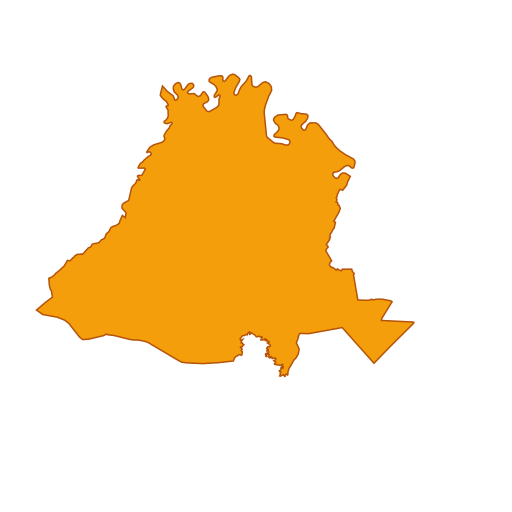 Kamalasai, Kalasin, Thailand (Natural Earth projection), rotated 209°
{"feature_id": "78962969B55465518750669", "entity_name": "Kamalasai", "entity_type": "district", "adm_level": 2, "iso_a3": "THA", "parent_name": "Thailand", "parent_adm1": "Kalasin", "projection": "natural_earth1", "projection_center": [103.585, 16.288], "detail": "fine", "context": "isolated", "style": "filled", "palette": "amber", "viewbox_px": 512, "rotation_deg": 209, "n_neighbors": 0, "source": "geoboundaries", "source_scale": "gbopen_adm2", "svg_char_len": 6165}
<svg xmlns="http://www.w3.org/2000/svg" viewBox="0 0 512 512"><g transform="rotate(209 256 256)"><path d="M420.2,359.3L418.1,351.4L417.5,350.0L413.9,348.5L409.1,347.6L406.0,345.6L405.9,344.7L407.1,343.8L407.1,343.0L403.7,341.0L400.6,335.8L400.3,333.5L400.7,331.1L401.5,329.5L401.2,328.3L400.0,327.9L397.8,328.7L395.0,331.9L394.1,331.8L393.5,331.0L394.3,328.3L394.0,325.5L394.8,322.3L394.9,317.3L394.7,316.4L392.4,314.2L392.4,311.9L393.5,309.7L399.3,303.7L401.6,299.5L402.0,293.9L401.3,293.7L400.3,295.1L399.1,295.6L397.5,295.0L396.8,293.8L398.7,290.2L400.4,285.5L400.7,283.4L402.0,281.0L402.1,277.2L402.0,276.1L401.5,275.8L396.4,278.7L395.4,278.7L394.9,278.1L394.9,271.8L395.9,270.5L397.9,269.6L398.4,268.5L398.0,267.8L395.0,266.6L394.5,265.9L394.6,265.5L396.5,265.3L397.0,264.9L396.5,261.5L397.9,256.6L397.6,254.3L394.3,242.9L397.5,237.8L397.8,236.0L397.0,233.8L396.1,232.7L390.7,230.9L388.9,226.2L392.6,226.7L392.0,220.4L391.4,218.2L393.6,214.3L395.0,213.2L396.7,210.5L396.5,206.0L397.7,202.8L397.0,198.0L399.0,195.3L399.8,191.9L400.5,190.8L403.8,188.2L405.0,186.7L404.9,183.8L406.6,181.8L408.5,173.3L409.8,173.2L410.7,172.2L412.8,171.1L414.5,168.5L414.5,167.0L415.2,165.9L416.2,161.8L418.8,160.7L418.9,154.5L421.0,147.9L422.8,143.7L423.3,141.1L424.4,138.6L426.4,136.1L422.7,130.4L419.7,127.2L417.9,126.2L414.1,121.4L417.9,112.7L421.8,102.3L414.3,101.4L399.9,106.2L392.2,107.1L387.0,106.3L371.2,99.6L367.1,98.8L361.7,102.4L351.0,112.2L348.6,115.4L347.5,115.2L342.0,117.5L325.5,122.0L322.1,123.3L318.3,125.4L312.2,127.4L308.6,128.0L272.8,127.0L269.2,127.2L264.9,128.9L250.5,136.0L236.4,145.0L224.9,153.2L225.3,156.2L225.0,157.9L222.6,161.8L220.7,162.0L220.4,162.9L221.5,165.6L223.1,166.1L222.9,167.8L225.5,168.7L225.4,169.1L224.3,169.2L223.7,172.6L224.7,172.5L225.8,173.3L226.8,172.8L227.5,174.3L227.2,176.5L228.4,174.9L229.5,175.4L229.9,176.2L229.5,177.1L229.2,179.7L227.3,181.1L226.9,182.3L225.3,182.9L225.8,184.4L224.9,186.6L224.3,186.3L224.0,184.9L223.5,184.4L223.1,184.8L223.3,186.0L223.0,186.5L218.9,186.4L216.5,185.5L215.2,186.4L215.0,187.1L214.2,187.4L213.1,187.1L211.8,188.3L211.1,187.6L211.3,185.4L210.9,184.9L208.3,186.6L208.2,187.6L207.7,188.2L206.4,187.9L207.2,187.1L206.8,186.6L203.2,187.5L203.1,187.0L203.9,186.0L203.9,185.4L202.5,185.8L201.8,185.1L200.4,185.0L199.8,184.5L200.2,183.1L201.6,182.6L202.0,180.5L201.6,180.1L199.9,180.3L199.8,179.8L200.6,178.7L200.4,178.2L199.3,179.0L198.4,178.1L198.4,177.5L200.1,175.3L199.9,174.3L198.7,173.1L198.1,173.0L197.7,173.5L199.0,174.5L199.0,175.3L197.1,176.3L196.5,176.2L196.5,175.2L195.9,173.8L194.8,173.4L194.3,173.7L194.4,174.8L194.0,175.4L193.3,175.3L193.0,174.5L191.9,174.3L190.5,175.6L189.0,176.1L188.6,174.9L189.7,173.1L187.3,172.8L187.1,172.1L187.6,170.7L186.9,170.3L181.2,172.4L180.8,173.9L180.2,174.1L179.7,173.9L179.2,172.4L178.2,172.0L177.9,171.4L178.5,170.6L180.0,171.2L180.0,170.4L179.2,168.6L179.9,166.8L179.5,166.4L178.1,166.6L177.9,165.0L177.1,163.7L177.2,162.6L176.4,162.7L174.5,165.5L172.4,164.6L172.2,165.0L172.7,166.4L172.5,167.1L171.8,167.5L170.8,167.1L170.6,167.6L171.6,169.4L172.7,173.7L172.4,177.0L172.5,182.9L171.5,186.7L171.6,191.0L173.0,195.4L178.6,199.6L179.5,205.7L180.1,206.0L180.2,209.5L172.3,213.6L145.9,235.2L100.8,219.4L94.0,244.5L85.6,273.3L85.7,274.4L86.6,274.4L115.1,260.4L115.7,262.5L114.8,282.0L116.6,282.1L124.7,279.4L129.0,277.1L132.6,274.2L134.1,274.2L134.4,273.3L137.2,271.2L145.6,266.9L161.6,286.8L161.5,288.2L164.3,289.3L165.9,290.9L174.2,286.3L174.0,284.7L175.7,284.0L178.6,284.2L178.9,282.5L182.0,283.1L185.6,282.8L187.6,283.9L188.1,286.3L187.4,288.4L197.6,294.5L197.8,296.3L197.2,298.9L200.1,300.2L199.5,306.1L200.1,306.4L200.0,308.5L201.1,309.0L201.7,312.0L201.3,312.8L201.6,315.5L201.2,318.4L202.8,324.0L204.8,324.1L204.7,334.5L205.4,338.6L208.1,340.7L209.3,340.5L210.5,342.4L212.3,342.2L212.2,343.5L212.6,344.6L214.0,345.7L213.9,347.2L214.6,348.6L215.0,354.4L214.1,355.3L212.1,355.5L211.0,361.9L211.8,365.3L212.1,371.4L217.8,371.8L220.4,370.7L221.7,368.6L222.1,364.1L223.4,362.8L225.1,362.8L227.0,363.4L228.2,364.3L228.8,365.6L228.5,367.0L225.8,369.1L224.3,371.1L221.8,377.3L220.7,378.8L218.8,380.1L214.8,379.4L213.6,380.0L213.4,381.2L214.6,385.7L215.9,387.3L218.0,388.1L226.8,388.0L233.9,388.7L238.8,389.9L241.7,391.0L244.8,392.9L249.5,394.3L253.9,396.6L265.3,401.3L268.1,401.5L273.3,398.6L274.4,395.7L273.9,390.7L274.4,389.6L275.3,389.1L278.1,389.9L279.5,391.3L279.5,393.3L277.8,398.0L277.7,401.6L278.3,403.6L279.3,404.4L280.7,404.5L285.1,402.6L289.8,401.2L290.1,400.2L289.6,397.3L289.6,394.1L290.2,392.5L290.8,391.9L294.0,391.5L295.1,392.2L296.8,394.3L298.2,394.6L305.1,390.0L306.9,386.6L307.0,384.3L306.3,383.1L304.9,382.2L303.0,381.3L300.3,381.1L298.0,379.3L297.4,377.9L297.4,375.7L298.9,370.7L298.2,369.3L297.1,369.2L289.7,372.3L284.2,373.5L282.5,373.3L281.4,372.0L281.2,370.5L281.6,369.0L283.5,367.5L288.2,366.6L294.2,363.8L295.8,363.8L303.5,365.2L304.8,365.8L318.2,385.1L319.6,388.0L320.8,392.3L322.3,401.5L322.6,408.4L324.3,411.0L326.0,412.3L328.6,413.2L332.1,413.0L334.3,410.9L336.6,404.7L338.4,403.4L340.6,403.0L342.5,403.7L346.9,410.5L348.6,411.1L349.4,410.3L349.4,403.7L351.0,397.2L351.0,393.6L350.3,388.9L351.4,386.7L353.4,386.8L354.6,388.2L355.4,393.8L355.2,400.7L355.7,402.6L357.6,403.6L362.7,404.3L364.7,403.6L366.9,400.7L367.8,394.4L368.5,393.2L369.9,393.2L371.9,396.6L373.3,397.0L376.0,395.4L381.0,391.2L382.3,389.4L382.5,387.4L381.4,385.8L375.6,385.6L373.0,384.7L370.8,383.0L370.1,381.5L370.4,376.5L369.8,375.0L368.9,374.8L368.3,375.3L366.6,379.0L365.7,379.2L365.0,378.6L364.4,375.3L361.9,370.6L361.8,368.8L362.6,366.5L366.8,359.7L368.2,359.0L369.7,359.1L375.0,361.4L375.6,362.5L375.6,363.8L373.2,367.5L373.0,369.6L374.5,371.5L376.1,372.6L380.3,374.5L381.3,374.3L382.0,373.5L382.3,369.3L383.5,367.7L384.8,367.4L388.9,368.1L393.0,365.4L394.7,365.3L395.2,365.9L395.3,366.9L392.8,372.5L392.6,373.7L393.4,375.4L395.3,376.1L396.9,375.4L398.1,374.1L398.7,372.4L399.3,367.2L400.2,366.0L401.8,366.1L405.0,369.5L406.6,370.3L408.4,369.9L410.0,367.5L410.5,364.4L409.4,362.1L407.0,359.8L403.2,358.9L401.1,357.5L400.7,355.5L401.8,353.2L402.8,353.1L405.9,355.9L413.5,357.0L420.2,359.3Z" fill="#f59e0b" stroke="#b45309" stroke-width="1.5"/></g></svg>